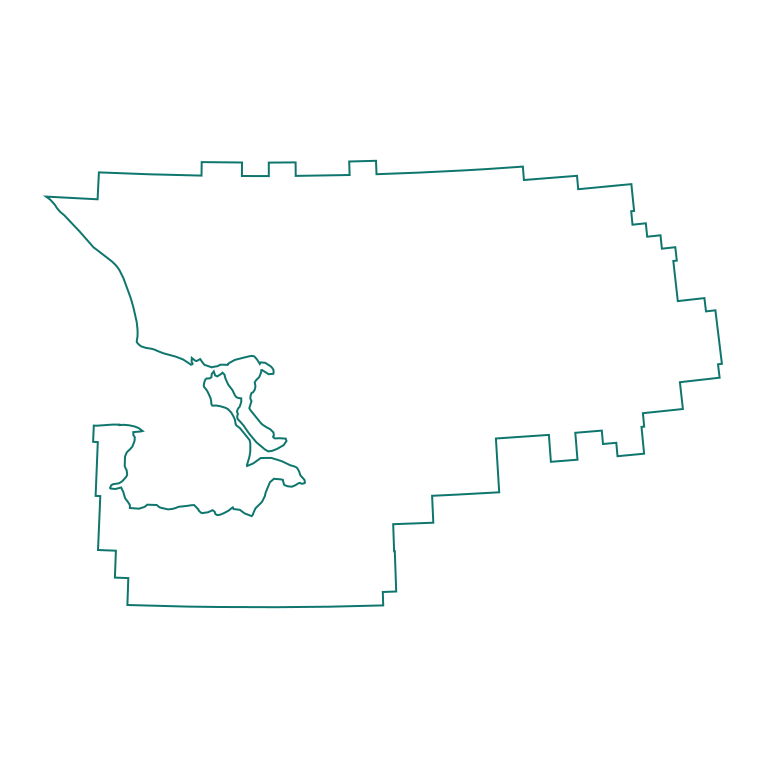 outline of Northwest Arctic, Alaska, United States of America
{"feature_id": "52423323B69219161179389", "entity_name": "Northwest Arctic", "entity_type": "district", "adm_level": 2, "iso_a3": "USA", "parent_name": "United States of America", "parent_adm1": "Alaska", "projection": "albers", "projection_center": [-161.672, 66.866], "detail": "fine", "context": "isolated", "style": "outline", "palette": "teal", "viewbox_px": 768, "rotation_deg": 0, "n_neighbors": 0, "source": "geoboundaries", "source_scale": "gbopen_adm2", "svg_char_len": 4610}
<svg xmlns="http://www.w3.org/2000/svg" viewBox="0 0 768 768"><path d="M396.2,591.5L394.8,551.1L394.1,551.2L393.2,524.2L433.3,522.7L432.1,495.8L457.1,494.6L499.2,492.3L495.9,438.5L548.9,434.9L550.9,461.8L577.5,459.7L577.2,456.2L575.3,432.8L601.8,430.6L603.0,444.0L616.3,442.8L617.5,456.2L644.1,453.7L641.5,426.9L644.2,426.6L642.9,413.2L682.9,409.0L679.9,382.2L719.6,377.7L718.0,364.3L721.9,363.8L715.4,310.3L706.0,311.4L704.4,298.1L677.8,301.1L673.3,261.0L676.8,260.6L675.3,247.2L661.9,248.7L660.5,235.3L647.2,236.7L645.8,223.3L632.5,224.7L631.2,211.2L634.1,210.9L631.9,189.5L631.4,184.1L578.2,189.2L577.0,175.8L523.9,180.0L522.9,166.6L486.3,169.1L463.9,170.4L419.1,172.6L376.5,174.2L376.0,160.8L349.2,161.5L349.6,175.0L295.7,175.9L295.6,162.4L268.8,162.6L268.8,176.1L241.9,176.0L242.0,162.5L201.7,162.1L201.5,175.6L149.9,174.3L98.9,172.4L97.6,199.3L46.1,196.6L50.2,199.6L54.9,204.8L56.8,207.9L60.2,211.9L64.2,215.2L72.6,224.1L79.8,231.7L93.4,247.2L112.0,261.5L115.7,265.1L117.7,267.5L119.4,270.1L123.4,278.1L130.3,296.9L131.7,301.4L133.4,307.4L136.7,322.0L137.5,329.3L137.6,333.2L137.5,336.6L136.8,340.6L136.8,342.3L139.3,345.0L141.5,346.5L146.0,347.9L151.8,348.8L155.0,349.8L157.5,351.0L163.5,353.3L175.6,356.6L183.0,359.4L191.0,364.7L192.4,364.2L192.6,363.5L191.6,361.9L191.8,357.9L195.1,360.6L196.4,361.1L200.2,359.1L202.4,362.3L204.4,364.8L211.7,367.3L213.7,366.8L217.5,366.2L220.3,364.7L227.7,364.8L228.0,364.7L228.0,364.0L229.4,362.9L234.8,359.9L248.7,356.4L251.4,355.9L252.2,356.0L253.8,356.2L254.5,356.6L256.9,359.3L259.8,363.9L260.6,362.4L265.2,362.8L270.8,366.4L272.3,368.0L273.5,370.1L273.6,372.5L273.3,373.8L268.6,374.2L262.0,370.0L261.3,370.1L261.2,370.3L261.3,370.9L261.0,372.6L259.3,377.0L256.2,380.1L254.7,382.4L255.4,385.8L255.2,387.9L254.6,390.0L252.9,392.4L251.5,393.0L250.6,395.6L250.3,398.6L251.5,401.1L249.3,408.1L250.2,409.9L260.9,423.1L262.6,424.7L266.7,427.4L270.2,429.2L273.4,432.4L273.9,435.0L273.7,435.9L273.1,436.5L273.2,437.0L273.9,437.9L274.7,438.3L275.7,438.4L279.1,438.2L285.7,438.6L286.5,441.0L283.6,445.2L276.9,449.0L271.9,450.9L268.3,451.4L265.1,449.6L256.4,442.3L249.0,433.4L244.8,427.4L243.8,425.8L239.9,421.3L237.7,419.1L237.4,418.2L237.2,416.2L237.9,413.9L237.0,411.7L237.4,410.1L237.8,409.1L238.4,408.1L239.5,407.0L240.2,405.3L241.3,401.5L241.2,398.3L239.0,398.1L237.5,397.7L236.1,396.9L234.9,395.3L232.5,390.2L228.2,384.6L225.6,378.8L225.0,377.0L224.5,374.6L222.5,372.7L221.1,374.0L217.2,376.4L215.1,375.4L213.8,371.4L211.7,374.0L211.4,377.2L209.6,378.4L206.6,378.5L205.5,379.4L204.6,381.4L204.1,383.2L203.8,385.5L203.9,386.2L204.1,386.8L204.5,387.5L205.7,388.9L207.1,390.8L208.7,394.0L210.6,398.3L211.2,401.2L211.3,402.7L211.2,403.8L212.4,405.7L216.1,405.5L220.5,406.3L225.5,407.8L227.9,409.1L231.2,412.5L233.3,416.1L234.3,418.2L235.0,420.0L235.4,422.7L235.9,424.7L236.3,425.3L240.1,428.3L249.6,440.1L250.3,443.7L250.3,451.1L249.7,455.2L249.2,457.6L246.9,465.3L247.1,466.0L253.1,463.5L260.8,458.0L271.3,457.9L281.6,461.1L290.4,465.3L294.0,466.3L296.1,467.2L297.4,468.4L298.6,470.5L299.2,471.7L300.4,475.3L304.4,479.8L304.5,480.2L304.9,482.1L304.9,482.6L304.7,483.0L304.3,483.2L302.1,483.8L301.0,483.5L300.1,482.9L298.8,483.1L295.2,485.3L291.9,486.7L287.8,486.3L284.7,485.2L284.2,484.8L283.5,482.8L283.2,481.8L282.9,479.9L281.2,479.4L273.9,478.8L269.9,482.3L265.8,492.2L265.2,494.4L265.0,495.8L262.6,500.7L261.6,502.3L255.6,508.2L254.2,511.1L253.3,513.2L253.0,514.5L251.7,516.1L244.6,513.4L239.8,509.8L233.8,509.1L233.3,508.8L232.8,507.3L232.7,507.3L228.5,510.7L224.4,512.9L220.5,514.6L217.9,515.1L216.7,514.9L215.3,513.9L214.7,511.8L212.6,510.2L207.9,512.3L202.1,513.1L201.3,512.9L198.9,510.8L198.5,510.1L198.5,509.6L194.2,505.1L191.6,505.2L186.2,506.0L178.5,506.8L175.4,508.1L172.5,508.9L169.1,509.3L167.7,509.3L160.2,507.6L158.6,506.6L156.7,505.0L147.1,504.7L146.7,505.3L144.3,507.0L138.9,508.7L129.9,508.0L129.9,506.0L129.7,504.7L127.8,501.8L125.2,498.3L124.4,496.0L123.4,492.3L121.2,487.5L115.4,489.0L111.0,488.6L110.3,488.4L110.1,488.0L111.1,485.4L113.1,484.2L118.9,483.3L122.2,481.3L126.2,476.9L127.1,475.0L127.1,473.7L126.6,470.0L126.1,469.4L124.7,466.1L125.0,456.7L126.2,453.6L127.0,452.1L129.9,449.4L132.3,446.7L134.5,441.1L134.6,440.0L134.8,437.2L133.4,435.2L133.3,432.1L140.6,431.5L142.6,431.0L138.7,428.1L135.1,426.6L129.2,425.3L123.6,424.8L119.6,425.1L119.7,424.8L119.6,424.6L112.5,424.6L96.9,425.7L93.8,425.6L93.1,441.8L97.8,442.1L95.6,495.9L100.3,496.1L98.0,550.0L115.9,550.7L114.9,577.6L128.3,578.1L127.4,605.0L187.6,606.6L219.5,607.0L276.0,607.2L329.3,606.7L383.2,605.4L382.8,592.0L396.2,591.5Z" fill="none" stroke="#0f766e" stroke-width="2"/></svg>